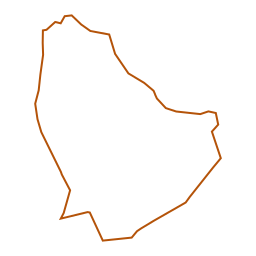 To'grog, Övörhangay, Mongolia
{"feature_id": "93677404B32305835855955", "entity_name": "To'grog", "entity_type": "district", "adm_level": 2, "iso_a3": "MNG", "parent_name": "Mongolia", "parent_adm1": "Övörhangay", "projection": "mercator", "projection_center": [103.168, 45.3], "detail": "fine", "context": "isolated", "style": "outline", "palette": "amber", "viewbox_px": 256, "rotation_deg": 0, "n_neighbors": 0, "source": "geoboundaries", "source_scale": "gbopen_adm2", "svg_char_len": 671}
<svg xmlns="http://www.w3.org/2000/svg" viewBox="0 0 256 256"><path d="M64.7,16.2L60.7,23.3L55.2,22.0L46.5,29.8L42.9,30.4L42.7,42.9L43.1,54.8L40.4,74.4L38.7,90.3L35.2,103.7L37.5,119.2L41.3,132.1L60.9,171.9L61.8,174.5L70.1,190.3L63.7,213.0L60.8,218.6L87.6,212.1L89.8,212.5L102.8,240.6L131.7,237.6L137.0,231.2L141.3,228.3L153.4,221.0L185.7,202.5L189.4,197.4L189.6,197.1L213.1,167.5L220.8,158.2L211.9,131.6L217.3,125.6L218.2,124.6L215.8,113.0L208.4,111.4L200.3,114.1L176.2,111.5L165.8,108.1L156.9,98.5L155.2,94.8L155.0,94.1L153.6,90.8L144.2,82.9L128.4,73.4L115.1,53.9L109.2,34.5L90.4,31.0L81.2,24.5L71.7,15.4L64.7,16.2Z" fill="none" stroke="#b45309" stroke-width="2"/></svg>